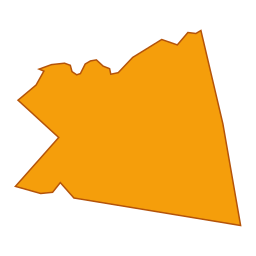 the district of Nueva Helvecia, Colonia, Uruguay
{"feature_id": "84410073B82760199523865", "entity_name": "Nueva Helvecia", "entity_type": "district", "adm_level": 2, "iso_a3": "URY", "parent_name": "Uruguay", "parent_adm1": "Colonia", "projection": "robinson", "projection_center": [-57.23, -34.305], "detail": "fine", "context": "isolated", "style": "filled", "palette": "amber", "viewbox_px": 256, "rotation_deg": 0, "n_neighbors": 0, "source": "geoboundaries", "source_scale": "gbopen_adm2", "svg_char_len": 486}
<svg xmlns="http://www.w3.org/2000/svg" viewBox="0 0 256 256"><path d="M240.6,225.5L222.9,123.9L200.9,30.5L195.9,33.5L187.9,32.5L177.3,44.9L161.7,39.5L132.7,57.4L118.2,72.7L110.8,74.2L109.6,68.7L103.1,66.1L96.4,59.9L90.5,60.9L85.2,64.0L80.4,73.6L76.7,74.8L72.0,71.6L70.3,65.3L64.5,63.2L51.5,64.6L39.1,69.1L43.9,71.1L36.1,85.0L18.0,100.2L58.7,137.5L30.8,169.0L15.4,186.4L40.7,193.5L52.6,192.3L60.3,182.6L73.9,198.0L240.6,225.5Z" fill="#f59e0b" stroke="#b45309" stroke-width="1.5"/></svg>